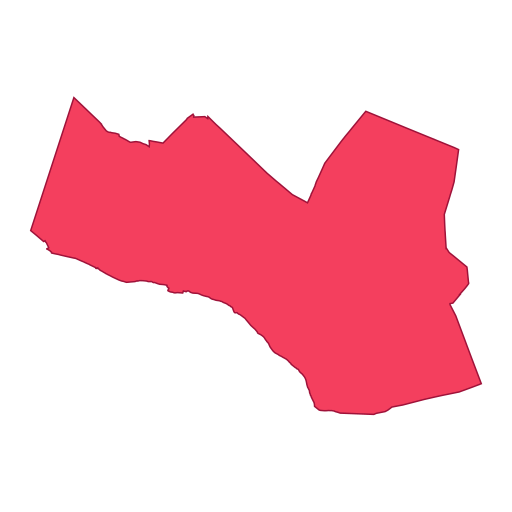 the district of Ermelo, Gelderland, Netherlands
{"feature_id": "6326949B64614407924270", "entity_name": "Ermelo", "entity_type": "district", "adm_level": 2, "iso_a3": "NLD", "parent_name": "Netherlands", "parent_adm1": "Gelderland", "projection": "albers", "projection_center": [5.638, 52.286], "detail": "fine", "context": "isolated", "style": "filled", "palette": "rose", "viewbox_px": 512, "rotation_deg": 0, "n_neighbors": 0, "source": "geoboundaries", "source_scale": "gbopen_adm2", "svg_char_len": 5910}
<svg xmlns="http://www.w3.org/2000/svg" viewBox="0 0 512 512"><path d="M30.7,230.6L36.5,235.4L43.6,241.5L45.0,240.7L45.3,241.1L45.1,241.4L45.4,241.7L45.6,242.0L46.2,242.5L46.4,242.7L46.8,243.7L47.7,245.5L47.9,245.9L48.1,246.4L48.4,247.0L48.6,247.4L48.7,247.8L48.0,248.3L47.3,248.5L46.9,248.7L46.8,248.8L46.8,249.0L47.9,249.5L49.9,250.7L50.2,251.0L50.3,251.2L50.8,251.6L51.4,252.1L51.4,252.3L51.5,252.9L51.6,253.0L55.0,253.8L56.6,254.1L58.6,254.5L60.3,255.0L64.6,256.0L67.2,256.6L69.5,257.1L74.5,258.2L74.8,258.1L75.9,258.5L77.1,259.0L77.9,259.4L78.9,259.8L79.7,260.2L80.6,260.6L82.0,261.2L84.0,262.0L84.4,262.3L84.7,262.4L84.9,262.4L85.4,262.8L85.7,262.8L86.4,263.2L86.7,263.3L87.3,263.6L89.1,264.3L89.8,264.8L95.8,267.7L95.9,267.8L95.9,268.4L96.2,268.5L96.8,268.2L97.0,268.1L97.2,268.4L97.3,268.4L97.8,268.0L97.9,268.4L98.0,268.6L98.8,269.0L99.3,269.4L99.4,269.5L99.8,269.9L100.0,270.2L100.6,270.5L101.3,270.9L101.8,271.1L103.9,272.4L104.5,272.7L105.2,273.1L105.3,273.3L105.6,273.5L106.0,273.6L108.0,274.7L109.9,275.6L112.7,277.1L118.9,280.0L121.6,281.0L122.6,281.2L123.6,281.4L126.0,282.2L126.5,282.3L126.8,282.3L131.2,281.9L134.8,281.6L135.6,281.4L137.2,280.8L137.7,281.1L139.6,280.6L140.1,280.6L143.3,280.7L144.1,280.8L145.2,280.9L146.8,281.1L148.2,281.6L148.9,281.6L149.6,281.6L150.2,281.7L150.9,281.4L151.1,281.5L151.8,281.7L152.2,281.9L153.0,282.4L153.5,282.6L153.9,282.6L154.5,282.5L154.9,282.6L156.2,283.1L157.8,283.7L159.8,284.3L160.3,284.3L163.6,284.6L164.9,284.8L167.0,285.3L167.0,286.3L167.0,286.5L168.2,287.8L168.4,287.9L168.7,288.0L168.8,288.1L168.8,288.3L168.7,288.8L168.4,289.3L167.9,290.3L167.9,290.6L168.0,290.8L168.4,291.0L169.0,291.2L169.1,291.4L169.4,291.5L170.3,291.9L172.8,292.3L173.1,292.4L173.7,292.7L174.4,292.8L175.0,292.9L177.4,292.6L180.2,292.8L182.7,293.0L183.4,291.0L186.0,291.7L186.1,291.4L186.4,291.5L186.6,291.4L187.2,291.1L188.0,290.8L188.6,291.0L189.5,291.5L190.0,292.0L190.4,292.2L190.9,292.5L191.6,292.7L192.5,293.0L193.1,293.1L196.7,293.3L197.8,293.4L198.2,293.5L199.5,294.0L201.6,295.0L203.6,295.7L206.7,296.5L207.9,296.7L208.5,296.9L208.8,297.0L210.2,298.0L210.9,298.5L211.4,298.8L212.3,299.2L213.7,299.5L215.8,300.2L216.2,300.3L217.5,300.5L218.5,300.6L219.9,300.9L220.8,301.3L221.8,301.5L222.2,301.7L222.9,302.2L223.4,302.5L224.3,302.8L226.5,303.7L227.4,304.3L229.1,305.5L230.0,305.8L230.4,306.1L230.7,306.6L231.0,306.7L231.3,306.8L231.9,307.2L232.2,307.4L232.4,307.7L232.6,307.9L232.7,308.4L233.9,311.6L234.1,312.0L234.5,312.4L234.8,312.7L235.1,312.8L235.7,312.8L236.4,312.7L236.9,312.6L237.1,312.7L237.3,312.9L237.8,313.4L238.7,314.1L239.0,314.2L239.6,314.4L240.3,314.8L244.7,318.1L245.0,318.3L246.3,320.0L247.0,320.8L249.5,323.8L250.8,325.4L253.3,327.7L255.0,329.2L256.0,330.4L257.1,331.7L257.3,331.9L257.5,332.7L257.6,332.9L257.8,333.1L258.3,333.5L260.4,334.5L260.9,334.8L262.2,335.7L263.3,336.6L263.8,337.1L264.3,337.7L265.6,339.8L266.6,341.0L266.8,341.5L267.3,342.0L267.8,342.5L268.1,342.8L268.7,343.9L268.9,344.1L269.0,344.4L269.2,345.0L269.8,346.3L270.0,346.8L270.6,347.7L271.1,348.4L272.0,349.6L272.7,350.6L273.2,351.1L273.6,351.6L274.1,352.0L275.1,352.9L275.7,353.2L278.2,354.5L278.7,354.9L279.3,355.4L281.3,356.3L282.3,356.9L283.4,357.6L284.4,358.0L285.1,358.5L285.3,358.6L286.4,359.2L287.7,360.3L288.3,360.9L289.5,362.3L290.9,363.5L291.1,364.2L291.3,364.4L292.1,365.0L295.2,367.5L296.1,367.9L296.4,368.4L296.7,368.6L296.9,368.8L298.2,369.3L298.4,369.5L299.6,371.7L299.8,371.9L301.5,373.5L302.2,374.0L304.4,376.8L304.8,377.5L305.4,378.6L305.6,379.2L306.1,380.6L306.5,382.5L306.9,384.6L307.7,387.4L308.4,388.5L308.7,389.3L308.9,389.7L309.4,390.4L309.4,391.0L309.5,391.5L309.6,392.4L309.7,393.0L309.9,393.3L310.2,394.0L310.3,394.4L310.4,395.1L310.6,395.4L311.0,395.9L311.1,396.2L311.2,396.8L311.4,397.2L312.1,398.7L313.7,401.9L314.1,402.6L314.3,403.9L314.5,404.8L314.5,405.9L314.5,406.2L314.7,406.5L315.0,406.7L319.1,410.0L319.4,410.1L320.5,410.4L324.1,410.7L326.2,410.7L328.7,410.5L329.9,410.6L331.2,410.6L331.7,410.6L332.9,410.8L334.1,411.0L335.3,411.6L336.4,411.9L337.9,412.3L340.2,413.1L373.8,414.4L376.4,413.3L385.1,411.6L387.9,410.1L390.7,408.0L391.8,407.1L393.7,406.7L398.4,405.8L402.7,405.0L424.3,399.4L435.3,396.9L442.6,395.3L455.0,392.8L457.4,392.3L459.0,392.0L459.4,391.9L460.9,391.3L463.7,390.3L473.2,386.8L481.3,383.7L471.7,358.4L466.9,345.6L465.2,341.0L459.5,325.8L455.8,315.9L450.0,304.6L450.0,303.8L450.0,303.6L452.9,303.1L460.1,294.5L459.7,294.4L464.9,288.5L466.9,286.0L468.5,283.8L468.6,283.6L468.7,283.2L468.7,282.9L468.6,282.7L468.5,282.4L467.7,274.3L467.3,270.0L466.9,267.0L452.9,255.5L449.6,252.9L448.9,252.2L448.7,251.8L447.4,249.8L446.2,247.9L446.1,248.0L445.3,235.2L445.2,233.0L445.0,230.5L444.7,224.4L444.3,214.4L446.3,207.9L449.8,196.5L450.3,194.7L451.9,189.7L454.1,181.8L454.1,181.7L456.3,166.3L458.6,149.6L454.3,147.6L447.4,144.8L408.5,128.9L365.8,111.3L363.3,114.3L351.5,128.7L350.0,130.6L345.5,136.0L341.0,141.7L324.8,163.2L322.1,169.3L318.4,177.5L316.4,181.6L315.2,185.1L315.0,186.0L314.7,186.6L312.0,192.6L311.3,193.8L310.9,195.3L307.5,202.8L292.3,194.6L280.8,184.9L276.2,181.1L266.9,173.1L250.2,157.0L248.1,155.0L220.2,128.3L215.9,124.4L207.9,116.5L207.7,118.6L204.8,116.6L203.0,116.7L201.0,116.8L193.7,117.1L193.8,116.4L193.8,115.8L193.7,115.6L193.8,115.4L193.7,115.3L193.4,115.1L193.0,114.2L187.3,118.3L186.5,119.6L178.6,127.4L172.5,133.4L163.0,143.1L156.5,141.9L155.7,141.8L155.3,141.7L153.4,141.4L150.5,140.8L150.4,140.8L149.3,140.6L149.1,140.6L149.4,143.6L149.4,144.4L149.2,146.7L146.6,145.0L146.0,144.6L143.1,143.7L140.6,142.5L139.9,142.2L135.9,141.6L132.8,142.0L130.8,142.3L130.6,142.3L129.7,142.0L126.5,140.1L119.3,136.4L118.8,134.3L115.5,133.3L114.4,133.1L112.2,132.8L110.9,132.5L110.4,132.3L109.2,132.3L108.7,132.2L108.0,131.9L106.3,130.9L103.8,127.8L102.9,126.7L102.2,125.6L101.2,124.1L101.3,124.0L101.2,123.9L99.1,121.7L94.6,117.4L73.9,97.6L30.7,230.6Z" fill="#f43f5e" stroke="#9f1239" stroke-width="1.5"/></svg>